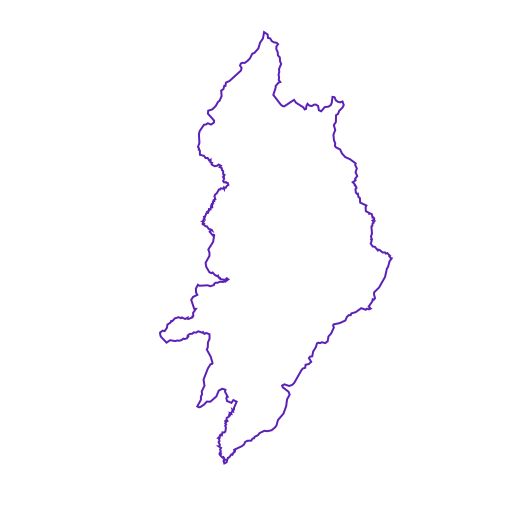 outline of Ban Dan Lan Hoi, Sukhothai, Thailand, rotated 35°
{"feature_id": "78962969B72722062907305", "entity_name": "Ban Dan Lan Hoi", "entity_type": "district", "adm_level": 2, "iso_a3": "THA", "parent_name": "Thailand", "parent_adm1": "Sukhothai", "projection": "mercator", "projection_center": [99.505, 17.028], "detail": "fine", "context": "isolated", "style": "outline", "palette": "violet", "viewbox_px": 512, "rotation_deg": 35, "n_neighbors": 0, "source": "geoboundaries", "source_scale": "gbopen_adm2", "svg_char_len": 6119}
<svg xmlns="http://www.w3.org/2000/svg" viewBox="0 0 512 512"><g transform="rotate(35 256 256)"><path d="M238.2,79.8L236.8,81.9L234.6,82.7L232.2,82.7L229.2,80.9L227.4,81.8L230.2,87.1L230.7,89.5L229.7,92.1L226.9,94.6L226.4,100.1L223.9,100.5L220.8,97.5L218.2,97.6L216.8,98.7L215.7,101.2L213.2,102.2L210.9,101.8L211.3,104.5L212.6,106.8L211.8,108.0L209.5,107.1L200.9,107.5L197.6,106.3L193.3,117.2L192.0,117.9L189.5,117.8L177.8,114.1L175.5,106.7L174.6,105.5L175.0,101.1L176.1,99.6L173.7,98.8L172.3,96.2L170.5,94.6L169.6,92.1L167.6,89.6L166.4,84.2L164.0,82.7L161.5,79.6L158.9,79.1L157.0,76.7L153.9,74.8L152.5,72.6L152.6,69.8L150.5,69.5L148.2,70.7L145.6,70.9L142.8,69.6L140.8,70.5L138.5,67.9L134.2,68.0L136.9,73.7L137.0,78.9L138.9,84.7L138.2,90.5L136.9,92.5L137.7,97.4L137.2,100.8L136.1,104.2L133.8,105.8L133.2,107.1L133.7,109.2L136.3,110.2L137.3,112.7L133.9,127.9L131.9,131.2L133.4,134.2L132.4,134.8L133.6,138.0L132.6,140.5L136.1,144.7L137.1,149.7L136.5,151.6L137.0,156.1L136.1,161.0L133.5,164.4L135.0,167.0L144.0,169.1L145.0,170.8L143.8,174.1L140.4,174.9L139.5,177.1L138.1,178.3L138.2,186.0L139.4,189.0L144.7,195.7L146.0,200.0L147.7,200.6L148.2,201.8L149.5,201.8L152.0,205.2L156.0,203.8L158.6,204.7L160.1,203.4L162.9,204.6L163.6,203.2L164.9,205.3L166.6,204.9L166.8,206.2L167.7,206.5L170.7,206.1L172.4,204.4L172.9,202.5L175.5,202.2L175.2,204.0L177.7,203.7L178.8,205.2L180.3,205.2L182.1,207.7L183.6,207.7L183.3,208.5L184.3,209.5L183.8,210.2L185.6,211.0L186.1,213.5L187.6,214.0L188.9,212.7L189.7,213.1L190.9,212.4L192.6,213.6L191.8,215.8L192.2,217.1L191.0,218.3L191.4,219.1L190.4,218.5L190.5,219.7L188.4,220.8L188.4,222.2L187.5,222.7L187.9,227.1L187.3,229.1L187.7,230.9L190.2,232.9L189.3,234.5L190.0,235.0L189.5,235.2L189.6,236.4L190.8,237.5L189.9,238.6L190.4,240.3L191.1,239.7L192.2,241.2L191.2,241.9L192.0,244.0L190.6,244.6L191.5,245.8L190.8,247.4L191.7,247.4L192.0,248.1L190.8,249.5L191.8,253.6L191.1,253.9L193.0,255.6L192.1,256.1L192.8,257.3L192.3,258.2L193.4,257.9L193.5,259.4L194.5,259.4L193.5,261.0L194.7,260.3L197.8,260.5L198.8,259.9L201.7,260.9L204.7,260.0L205.3,260.3L204.2,260.4L204.1,262.7L208.7,263.9L209.1,262.9L209.8,262.9L212.8,269.1L213.2,278.0L216.0,280.0L217.8,282.6L218.6,290.4L221.4,293.4L227.1,296.0L229.2,295.7L229.9,294.4L233.2,295.1L235.9,294.8L236.1,293.9L238.2,295.1L239.1,294.6L240.0,295.4L243.6,293.7L244.6,292.7L244.8,291.0L246.7,291.0L245.5,294.7L244.7,294.5L244.1,296.0L241.2,297.8L239.7,300.2L238.5,300.8L237.7,302.4L238.2,303.9L235.9,307.0L233.4,307.6L226.7,312.8L224.9,312.9L225.5,317.3L228.0,320.4L230.2,321.5L227.9,325.7L228.1,329.1L235.7,334.7L237.1,333.8L237.1,338.7L239.0,341.0L238.5,342.0L239.2,342.7L236.9,346.2L235.4,346.8L235.2,346.1L234.1,348.2L230.5,348.9L230.2,350.0L227.8,350.5L225.3,353.6L224.8,357.4L223.8,357.9L224.2,359.5L222.8,363.0L224.2,365.9L224.3,369.9L222.4,370.7L221.3,373.7L222.5,375.2L224.2,376.6L232.4,378.3L233.9,374.3L238.8,371.9L240.0,370.3L241.6,369.6L243.3,367.5L243.9,365.3L245.1,365.0L246.6,363.1L246.7,360.9L245.9,360.9L245.7,360.1L246.4,357.9L248.5,356.1L248.7,354.4L250.9,353.1L251.9,350.8L256.0,349.6L256.2,348.7L258.4,349.4L259.4,347.6L262.8,346.8L265.4,350.4L266.2,354.3L269.0,358.7L269.3,360.8L276.7,364.5L281.8,368.6L281.9,369.6L280.8,370.8L281.1,375.8L283.9,387.3L288.2,391.8L289.2,398.0L291.2,400.3L291.4,402.6L293.3,405.2L294.2,412.9L296.0,412.7L297.1,411.5L298.6,407.7L299.2,403.5L302.2,401.5L304.1,393.8L302.7,387.7L304.5,384.1L307.7,383.1L308.4,384.9L313.4,387.5L312.9,387.8L313.2,389.4L315.4,391.4L320.1,390.4L320.1,387.0L323.7,386.4L325.1,393.0L326.0,394.4L325.9,395.3L324.8,395.3L326.5,396.6L325.5,397.1L325.9,399.1L325.1,399.4L326.3,399.8L325.1,400.6L326.0,401.5L325.3,401.9L325.9,403.3L324.9,405.3L325.7,407.2L326.7,407.4L326.2,407.9L326.9,407.9L326.1,409.2L327.0,409.5L326.8,410.7L328.2,411.2L328.1,412.7L329.8,413.8L331.6,417.4L331.2,418.8L329.7,419.7L330.4,421.5L329.9,422.1L330.7,422.6L329.3,423.6L330.4,425.6L329.6,425.8L329.4,426.9L330.3,426.7L332.3,428.7L332.1,429.9L334.7,431.4L335.1,432.8L334.5,433.3L337.5,433.3L337.6,435.2L339.0,436.0L339.4,438.2L340.0,437.9L340.0,438.9L340.9,438.6L341.0,439.8L344.2,440.4L344.6,439.4L346.2,440.0L346.6,441.4L347.5,440.9L347.2,442.7L349.0,444.1L350.2,441.9L348.7,437.5L349.6,436.2L349.6,432.6L350.7,432.3L350.3,430.5L350.9,429.1L350.7,427.9L350.0,428.0L350.1,427.2L349.4,427.0L353.4,420.1L354.3,417.4L353.8,414.5L355.0,412.2L358.0,410.0L357.9,407.5L359.0,406.4L358.6,404.9L360.4,401.6L360.5,399.0L363.1,394.4L365.8,393.0L368.7,389.8L369.9,385.6L370.0,383.1L368.1,377.9L368.9,369.3L366.8,361.6L363.7,355.7L363.1,350.3L360.5,348.5L353.3,348.2L351.7,347.2L352.8,344.9L357.8,343.4L359.6,340.7L360.1,338.2L358.7,323.0L358.9,321.3L360.4,319.4L359.0,316.6L361.2,314.3L361.9,311.0L357.9,309.3L358.0,307.5L359.6,305.9L357.6,301.5L357.3,296.3L356.1,292.6L356.7,291.3L358.5,290.6L359.4,288.9L362.7,287.6L363.6,284.8L361.5,280.3L362.0,276.3L360.8,269.9L358.9,268.6L358.8,267.5L363.0,263.0L366.2,257.6L365.4,253.8L365.9,251.2L367.5,250.2L367.0,248.4L369.9,244.8L372.1,238.4L376.7,237.1L376.9,235.7L379.1,234.9L380.1,233.3L377.3,232.7L377.3,226.5L376.4,224.5L377.6,224.2L377.7,222.3L374.8,219.9L373.6,217.9L374.9,211.3L373.7,199.1L370.5,191.4L370.4,189.1L368.4,183.6L368.5,180.1L367.5,180.4L365.4,179.7L365.6,179.0L361.9,178.3L361.1,179.5L359.6,179.1L357.7,180.5L353.8,180.2L352.4,180.7L352.5,181.5L348.0,180.3L346.2,181.3L342.9,180.1L342.0,177.1L340.9,176.5L341.3,175.8L339.0,174.1L338.1,171.0L333.6,165.6L334.0,164.6L332.8,162.5L333.3,161.2L332.3,160.6L332.8,159.5L331.3,159.9L331.8,158.3L331.3,157.4L330.0,157.0L329.4,157.7L326.9,155.3L325.3,155.6L324.6,156.5L323.9,155.8L320.3,156.3L317.8,153.2L317.5,151.3L310.7,152.5L307.8,148.9L306.1,148.9L303.7,146.5L302.8,147.2L301.2,146.6L299.1,144.1L299.3,142.6L296.8,141.1L296.4,141.5L295.1,140.4L292.9,140.1L294.2,136.9L292.9,136.0L293.1,132.5L289.5,130.3L288.4,126.5L285.0,124.5L284.6,123.0L277.4,122.8L272.3,123.8L267.4,122.6L263.9,120.5L259.0,121.1L257.6,120.6L256.2,118.2L253.4,116.4L249.9,112.3L248.6,107.3L244.7,104.2L244.6,100.5L240.8,94.7L241.7,92.6L240.9,89.4L241.7,84.8L241.3,82.0L238.2,79.8Z" fill="none" stroke="#5b21b6" stroke-width="2"/></g></svg>